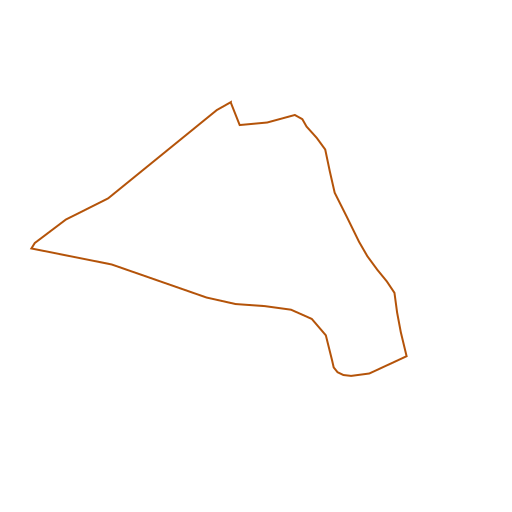 the border of Ordubad, rotated 129°
{"feature_id": "AZE-2418", "entity_name": "Ordubad", "entity_type": "District", "adm_level": 1, "iso_a3": "AZE", "parent_name": "Azerbaijan", "parent_adm1": "", "projection": "albers", "projection_center": [45.885, 39.078], "detail": "fine", "context": "isolated", "style": "outline", "palette": "amber", "viewbox_px": 512, "rotation_deg": 129, "n_neighbors": 0, "source": "natural_earth", "source_scale": "10m", "svg_char_len": 630}
<svg xmlns="http://www.w3.org/2000/svg" viewBox="0 0 512 512"><g transform="rotate(129 256 256)"><path d="M239.1,75.9L276.0,94.0L289.3,106.6L293.5,113.2L295.0,119.5L293.7,125.5L289.3,131.1L273.7,151.8L269.8,173.0L275.7,195.0L289.4,217.6L306.3,241.8L319.4,268.3L353.4,362.8L391.5,435.3L385.1,436.1L347.3,426.7L304.3,407.2L167.2,378.3L152.3,372.4L152.6,372.2L164.5,351.1L145.2,331.3L122.0,314.6L120.5,306.1L123.6,298.2L126.0,283.1L129.7,269.2L143.7,252.0L157.3,234.7L168.6,209.7L180.1,184.9L186.1,169.3L190.4,152.9L193.4,138.4L197.5,125.2L211.1,110.8L224.1,95.5L239.1,75.9Z" fill="none" stroke="#b45309" stroke-width="2"/></g></svg>